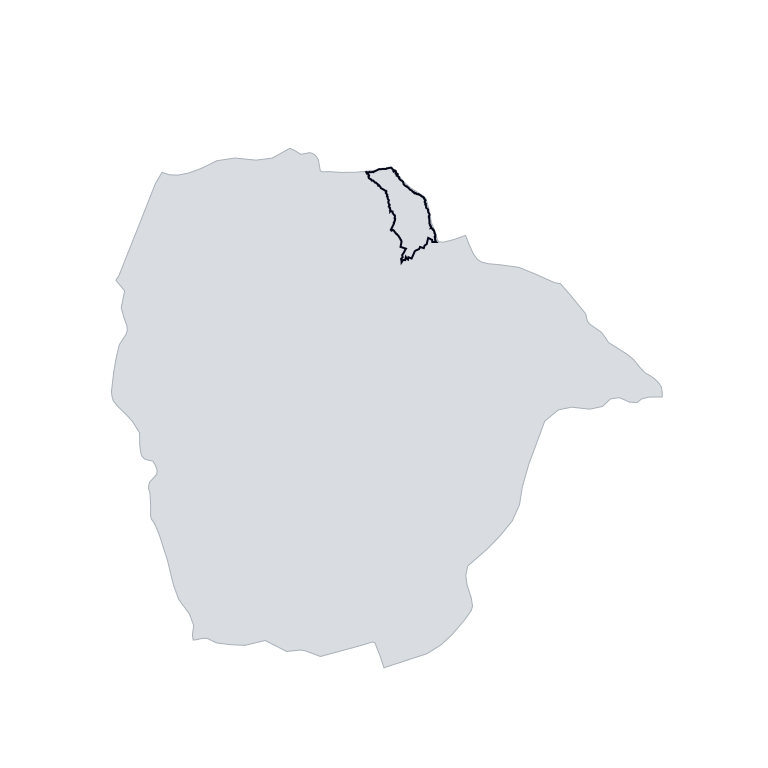 location of Mangwe, Matabeleland South, Zimbabwe, rotated 162°
{"feature_id": "62879985B72758591248620", "entity_name": "Mangwe", "entity_type": "district", "adm_level": 2, "iso_a3": "ZWE", "parent_name": "Zimbabwe", "parent_adm1": "Matabeleland South", "projection": "natural_earth1", "projection_center": [28.025, -21.012], "detail": "fine", "context": "in_parent", "style": "outline", "palette": "ink", "viewbox_px": 768, "rotation_deg": 162, "n_neighbors": 0, "source": "geoboundaries", "source_scale": "gbopen_adm2", "svg_char_len": 7932}
<svg xmlns="http://www.w3.org/2000/svg" viewBox="0 0 768 768"><g transform="rotate(162 384 384)"><path d="M529.6,653.9L523.5,649.3L515.3,646.3L504.7,645.0L491.0,645.5L474.1,648.0L456.0,645.0L436.7,636.5L420.6,633.4L401.4,637.1L400.6,637.2L397.3,634.3L392.1,628.1L383.3,627.0L380.9,625.5L379.0,623.2L377.7,620.2L377.2,616.9L378.7,606.6L377.9,605.5L375.5,604.3L370.8,603.0L359.2,598.4L344.7,593.9L321.2,588.9L312.0,587.6L309.9,586.1L307.3,582.3L302.8,570.5L298.5,562.7L288.4,550.7L286.7,546.9L287.2,537.4L288.0,529.7L289.1,523.1L288.6,517.0L288.4,509.4L288.7,504.3L287.4,502.1L283.7,500.5L273.2,499.8L260.5,500.1L260.1,492.4L258.9,480.4L256.5,473.5L253.6,470.0L247.7,466.2L235.9,461.1L219.8,453.3L206.1,441.8L190.3,427.5L185.3,425.0L179.5,411.6L170.5,388.5L171.1,380.9L169.7,377.1L161.1,365.8L159.2,359.9L157.6,354.0L143.8,337.4L139.1,330.2L135.6,320.9L132.0,313.5L129.0,310.5L125.1,305.5L122.3,299.7L121.1,295.4L122.1,289.6L123.4,285.7L136.5,289.8L143.6,290.2L149.2,288.1L156.1,290.9L164.3,298.3L173.3,299.8L183.0,295.1L196.2,296.5L212.7,304.0L226.4,305.5L242.7,298.9L257.2,280.5L270.9,263.2L284.3,243.3L292.5,227.2L304.4,214.1L320.1,204.0L336.1,195.5L360.6,185.0L365.5,176.4L367.1,167.0L367.1,153.9L368.4,145.5L371.0,141.6L375.0,138.6L380.3,134.7L396.4,124.8L410.0,118.4L426.5,114.2L444.5,114.2L461.9,114.2L471.7,114.1L471.8,126.7L472.6,140.9L474.5,142.2L487.5,142.5L508.5,143.5L528.7,144.5L541.5,154.7L545.9,156.9L559.3,159.7L576.3,176.8L596.9,178.4L611.0,183.7L623.4,189.6L630.6,196.6L635.2,198.2L641.5,198.8L644.6,199.4L643.8,204.5L639.6,213.1L640.1,225.4L645.7,242.4L646.4,257.3L644.4,283.5L644.3,308.8L644.9,317.8L645.8,323.8L646.9,327.1L646.7,330.9L643.2,341.5L640.3,352.7L640.2,357.2L639.1,360.3L637.1,363.1L628.1,368.3L626.5,371.5L626.5,377.3L627.6,382.2L631.0,384.0L635.0,386.7L636.6,390.4L636.5,394.2L635.2,401.3L631.5,413.1L635.0,426.6L639.0,435.4L644.4,445.5L646.7,451.8L646.5,456.3L645.7,460.7L637.2,479.2L631.1,490.8L623.7,503.1L614.0,510.9L611.5,514.6L610.5,518.9L610.8,528.1L610.3,537.8L601.9,552.7L606.9,565.5L605.7,566.7L602.9,568.6L591.0,583.0L578.9,597.6L570.0,608.3L560.0,620.4L548.8,634.0L539.2,645.6L529.6,653.9Z" fill="#d9dde1" stroke="#a8b0b8" stroke-width="1"/><path d="M304.2,500.9L302.6,503.1L300.1,503.9L298.4,506.8L296.8,509.3L294.5,506.9L293.7,506.2L294.2,504.1L290.4,502.9L290.8,503.7L290.8,504.1L290.6,504.4L290.9,505.1L290.6,505.5L290.6,505.9L290.7,506.2L290.5,506.6L290.4,507.1L290.0,507.6L290.2,507.9L290.3,508.1L290.1,508.2L290.1,508.5L289.7,508.6L289.7,509.1L289.5,509.3L289.3,509.5L289.1,509.9L289.1,511.5L289.3,511.7L289.4,511.9L289.2,512.2L289.2,512.5L289.1,512.8L289.1,513.1L289.2,513.5L289.1,513.8L289.0,514.1L289.2,514.8L289.2,515.0L289.4,515.4L289.6,515.6L289.7,516.1L289.9,516.0L290.0,516.5L290.5,517.1L290.4,517.2L290.4,517.4L290.9,517.7L290.9,518.0L291.1,518.0L290.8,518.3L290.9,518.5L290.8,518.8L291.0,518.9L291.0,519.0L290.7,519.2L290.6,519.4L290.7,519.6L290.7,520.2L290.8,520.4L291.0,520.4L291.0,520.5L290.9,520.8L291.1,521.0L290.9,521.2L290.8,521.5L291.1,522.0L291.2,522.4L291.2,522.6L291.1,523.1L290.7,523.8L290.5,524.2L290.6,524.5L290.5,524.9L290.3,525.1L290.2,525.5L290.2,526.3L289.9,527.1L289.8,527.8L289.7,527.9L289.7,528.1L289.9,528.6L289.9,528.8L289.6,529.1L289.5,529.6L289.3,529.6L289.2,529.7L289.0,530.2L288.6,530.5L288.4,530.9L288.3,532.0L288.8,533.1L288.8,534.2L288.6,534.6L288.6,535.2L288.5,535.6L288.1,536.3L288.5,537.0L288.6,537.4L289.1,537.8L289.4,538.3L289.4,539.1L289.0,539.9L288.9,540.2L289.0,541.2L289.2,541.5L289.3,541.7L289.1,541.8L288.7,541.9L288.5,542.2L288.6,542.3L288.8,542.7L288.7,542.9L288.7,543.1L289.0,543.5L288.9,544.0L289.1,544.7L288.7,545.3L287.9,545.6L287.8,545.8L287.9,546.0L288.1,546.5L288.1,547.0L288.6,547.7L288.5,548.2L288.4,548.4L288.4,548.6L288.8,548.9L288.8,549.5L289.1,549.9L289.7,550.2L289.8,550.4L289.9,550.7L290.4,551.0L290.6,551.4L290.7,551.8L291.0,552.3L291.6,552.8L292.0,552.9L292.2,553.7L292.3,553.9L292.7,554.1L293.5,554.1L294.1,554.4L294.2,554.5L294.3,555.0L294.8,555.9L295.1,555.9L295.6,555.6L295.9,555.7L296.2,556.3L296.4,556.5L296.6,556.8L296.6,557.1L296.4,557.4L296.4,557.5L296.8,557.6L297.2,557.9L297.4,558.1L297.5,558.7L297.9,559.4L298.4,560.1L298.8,560.4L299.3,560.9L299.5,561.3L299.6,561.8L299.8,562.2L300.1,563.1L300.8,563.9L301.1,564.1L301.1,564.5L301.2,564.9L301.5,565.1L302.3,565.6L302.5,565.8L303.4,567.5L303.6,568.1L303.4,569.0L303.5,569.6L303.5,570.6L304.3,571.9L305.0,572.5L305.3,572.8L305.5,573.6L306.1,574.6L306.1,575.0L305.7,575.7L305.7,576.1L305.9,576.3L306.5,576.8L306.7,577.0L307.1,577.9L307.6,578.3L307.5,578.6L307.3,578.6L306.8,578.4L306.5,578.5L306.3,578.8L306.1,579.4L306.1,579.7L306.3,579.9L307.3,580.0L307.9,580.4L307.9,580.7L307.4,581.1L307.2,581.3L307.1,581.6L307.4,581.9L307.4,582.1L307.0,582.7L307.0,582.9L307.1,583.0L307.3,583.4L307.5,583.6L307.9,583.0L308.1,582.9L308.4,583.0L309.2,582.9L309.3,583.1L309.2,583.2L308.7,583.7L308.7,583.9L308.8,584.2L309.3,584.9L309.6,585.8L309.5,586.2L310.3,587.5L310.5,587.7L311.4,587.7L312.4,588.0L313.5,587.9L314.4,588.3L314.7,588.2L315.3,587.9L315.6,587.9L316.9,588.3L317.2,588.5L318.0,588.7L318.7,589.0L320.5,589.2L322.3,589.9L322.7,589.9L324.1,589.5L324.5,589.5L325.8,589.3L328.2,589.0L328.4,588.8L328.6,588.7L329.1,589.0L329.8,589.3L330.8,589.4L331.8,589.7L332.3,590.2L332.6,590.2L333.3,589.9L333.7,590.1L334.2,590.2L334.6,590.4L335.1,591.1L335.4,591.1L335.4,590.9L335.5,590.7L335.2,589.8L335.1,589.2L334.5,589.2L334.2,588.9L334.1,588.6L333.9,587.7L333.7,587.1L333.7,586.9L333.8,586.7L334.5,586.7L334.7,586.2L334.6,585.3L334.8,585.0L334.8,584.6L334.4,584.0L334.1,583.5L333.4,583.0L333.1,582.7L333.0,582.3L333.0,581.7L332.8,581.2L332.7,581.1L332.2,581.2L331.7,581.1L331.4,580.7L331.2,580.3L330.8,579.7L330.7,579.2L330.6,578.9L330.5,578.5L330.1,578.3L329.8,578.2L329.5,578.1L329.3,577.7L329.2,577.2L329.0,576.9L328.4,576.5L328.3,576.3L328.3,575.7L328.1,575.5L328.0,575.2L328.2,574.7L328.2,574.4L327.9,574.4L327.5,574.5L327.3,574.5L327.2,573.8L326.9,573.5L326.8,573.1L326.5,572.5L326.5,571.4L326.4,571.2L325.8,570.5L325.1,570.0L324.9,569.5L324.3,569.1L324.0,568.6L323.5,567.7L322.7,567.4L322.3,567.1L322.2,566.8L322.2,566.5L322.6,565.7L323.0,565.6L323.2,565.4L323.3,565.1L323.3,564.9L323.0,564.4L322.8,563.8L322.4,563.2L322.8,562.7L322.7,562.3L322.7,562.1L323.2,561.6L323.1,561.4L322.7,561.0L323.0,560.5L323.0,560.4L322.9,559.7L323.1,559.3L323.2,558.8L323.0,558.3L322.8,557.9L322.6,557.6L322.7,557.0L322.8,556.8L323.5,556.2L323.8,555.5L323.8,554.7L323.6,554.1L323.7,553.6L323.6,553.3L323.3,552.9L323.6,552.6L323.6,552.2L324.1,552.0L324.3,551.7L324.6,551.3L324.5,551.2L324.3,550.6L324.3,550.2L324.2,550.0L323.9,549.9L323.8,549.4L323.9,549.2L324.0,549.3L324.3,549.0L324.2,548.5L324.2,548.2L324.1,547.9L324.1,547.7L324.0,547.1L324.3,547.1L324.7,546.9L324.6,546.6L324.8,546.1L324.4,546.3L322.6,545.4L322.9,543.9L322.1,541.4L322.0,541.2L321.9,541.1L321.7,541.1L321.6,540.6L321.7,540.2L321.9,539.7L322.3,539.0L322.7,538.6L322.6,538.4L322.6,538.1L322.4,537.7L322.6,537.6L322.7,537.2L322.8,537.1L322.9,536.7L322.9,536.4L323.0,536.2L323.2,535.9L323.6,535.8L323.9,535.5L324.0,535.2L324.0,534.9L324.2,534.7L324.8,534.5L325.0,534.3L324.9,533.8L324.9,533.5L325.3,533.1L329.9,528.5L329.6,528.1L329.4,527.9L329.4,527.5L329.1,527.5L328.4,527.9L328.2,527.9L328.1,527.7L327.8,527.7L327.7,527.6L327.2,526.7L326.9,525.7L326.8,525.3L326.6,524.8L326.4,524.1L326.1,523.6L326.1,523.2L325.6,522.9L325.6,522.6L325.3,522.2L325.3,521.9L324.9,521.3L324.6,520.7L324.6,520.4L324.4,520.1L324.1,518.6L323.9,518.4L323.8,517.6L323.7,517.2L323.7,516.7L323.5,516.2L323.6,515.9L323.5,515.6L323.3,515.5L323.3,514.0L325.9,509.3L321.3,505.9L322.4,505.0L322.6,504.9L324.1,503.2L326.9,501.0L327.1,498.8L329.1,497.7L329.3,495.9L329.7,494.3L327.6,496.0L325.9,495.5L325.5,495.3L324.8,496.7L324.0,498.0L323.7,496.5L322.7,495.0L321.6,497.0L319.0,494.8L315.9,498.2L314.0,500.4L313.7,500.7L312.7,501.1L309.0,501.5L308.4,501.9L307.4,503.2L304.2,500.9Z" fill="none" stroke="#020617" stroke-width="2"/></g></svg>